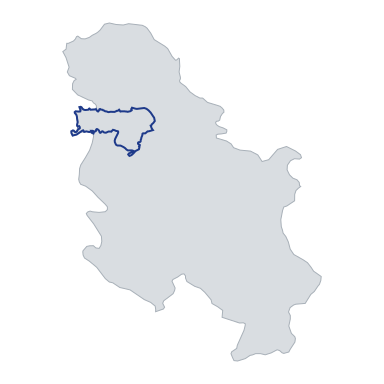 Sremski highlighted on a map of Republic of Serbia
{"feature_id": "SRB-281", "entity_name": "Sremski", "entity_type": "District", "adm_level": 1, "iso_a3": "SRB", "parent_name": "Republic of Serbia", "parent_adm1": "", "projection": "albers", "projection_center": [19.679, 44.916], "detail": "fine", "context": "in_parent", "style": "outline", "palette": "blue", "viewbox_px": 384, "rotation_deg": 0, "n_neighbors": 0, "source": "natural_earth", "source_scale": "10m", "svg_char_len": 7137}
<svg xmlns="http://www.w3.org/2000/svg" viewBox="0 0 384 384"><path d="M216.4,138.0L226.5,141.0L231.1,143.9L233.6,147.7L240.0,150.1L250.5,151.1L257.8,154.9L262.1,161.5L268.7,159.7L277.6,149.4L286.5,146.5L295.5,151.0L300.5,154.7L301.5,157.7L299.5,159.1L294.5,158.7L290.5,160.7L287.4,165.2L287.1,169.9L289.5,174.8L292.8,178.1L297.0,179.8L299.2,182.4L299.6,185.6L300.7,186.5L298.5,188.1L296.0,190.5L294.7,194.4L294.6,200.8L286.8,206.0L283.8,207.0L282.6,210.4L280.8,219.7L281.3,226.7L282.5,230.2L283.1,233.1L285.8,236.5L288.3,241.9L290.2,249.1L293.8,254.5L303.0,259.7L307.5,262.7L311.0,267.2L313.6,271.2L321.2,276.5L320.8,280.5L319.4,284.4L317.8,286.3L314.3,291.5L310.8,294.4L305.2,303.4L295.8,304.2L293.6,305.0L290.1,307.6L288.5,312.0L290.3,315.5L290.3,319.0L288.8,326.0L291.4,333.4L294.8,336.7L295.4,338.6L294.9,342.1L290.2,349.3L288.8,352.0L283.8,353.4L282.1,352.8L279.5,350.5L277.1,349.8L271.2,352.9L265.2,354.8L260.4,353.6L255.7,353.6L252.5,354.9L250.0,355.4L245.3,358.6L237.6,361.0L234.0,360.6L232.6,357.7L231.0,353.7L231.7,351.8L236.7,348.4L237.3,345.3L244.0,330.3L245.2,325.4L245.3,323.8L243.4,322.8L239.5,323.0L222.1,317.3L222.7,310.4L217.6,306.7L212.0,303.5L211.1,299.8L204.9,292.4L200.4,288.3L194.7,286.3L189.8,283.3L186.9,281.5L185.5,278.0L185.5,275.9L184.0,273.9L181.6,274.2L177.7,277.0L172.9,279.5L172.0,281.2L173.9,285.4L175.1,288.0L174.6,290.5L173.1,293.7L163.7,300.8L162.7,303.3L164.6,307.2L163.4,309.0L155.6,311.7L155.7,309.5L155.2,306.1L150.7,302.4L144.3,299.6L130.1,289.9L124.7,288.6L119.8,287.5L112.8,282.8L109.3,282.0L105.3,278.6L96.7,267.3L89.4,261.2L84.5,258.0L83.1,255.0L82.8,251.9L83.0,250.8L86.8,246.4L89.7,245.8L93.4,245.7L95.8,247.9L99.1,248.4L100.9,245.5L101.8,241.4L101.4,236.2L93.7,223.9L87.1,215.4L86.3,213.5L87.8,211.9L90.1,211.1L92.6,211.8L99.1,212.4L105.3,211.7L107.4,209.6L107.4,206.8L105.2,204.2L97.9,197.2L92.3,191.0L85.7,186.2L80.7,184.3L79.3,181.9L78.7,179.3L79.3,174.6L79.6,168.6L80.8,164.9L85.3,157.8L89.6,150.3L92.2,143.0L93.6,136.3L93.1,134.4L90.9,132.9L86.3,131.4L79.8,132.7L74.3,135.1L72.2,135.2L71.5,132.2L72.4,130.9L74.1,131.1L75.5,131.7L77.0,130.3L77.9,126.2L75.8,112.1L79.9,110.9L79.9,108.8L80.3,107.0L84.5,109.5L90.4,109.6L95.6,109.1L96.4,107.7L96.4,105.7L95.3,104.1L93.5,102.9L92.1,100.9L88.6,100.0L77.7,94.9L72.4,89.4L72.6,83.7L74.2,80.5L76.1,79.4L75.6,78.4L69.4,75.7L67.3,72.0L69.1,67.2L66.0,57.6L62.8,51.6L66.1,49.1L66.5,45.4L66.8,43.3L68.2,43.4L73.5,41.0L75.4,39.0L76.5,36.7L77.8,36.1L81.3,38.7L85.1,38.9L89.3,37.4L92.4,35.2L96.2,33.3L97.9,32.1L100.1,30.1L104.5,24.2L109.4,23.0L116.1,24.5L123.3,25.0L128.6,23.7L142.3,25.3L145.2,26.7L147.1,28.2L150.7,33.1L154.2,39.6L159.0,42.6L164.7,46.1L167.7,48.6L172.1,56.4L175.5,60.2L176.6,60.0L177.8,58.9L178.6,58.1L179.5,58.8L179.5,61.2L179.8,66.4L179.1,72.0L180.4,77.3L180.4,78.9L179.6,80.4L179.7,81.8L181.0,83.2L185.7,86.6L190.0,91.9L195.1,95.6L199.8,98.0L202.7,98.1L207.5,102.4L217.1,105.3L220.1,106.3L222.2,108.1L223.8,110.1L223.9,112.3L222.5,113.4L220.5,116.5L219.7,120.1L218.3,121.1L216.7,121.2L215.6,122.3L215.9,123.8L217.2,125.3L219.2,126.6L223.1,127.9L226.8,129.8L226.8,131.4L226.1,133.1L221.4,133.9L217.8,134.2L216.2,135.0L216.4,138.0Z" fill="#d9dde1" stroke="#a8b0b8" stroke-width="1"/><path d="M84.1,131.9L83.8,131.5L83.6,130.8L83.2,130.3L82.5,130.5L76.9,134.4L75.9,134.8L74.7,135.0L72.7,135.6L71.4,133.0L71.3,131.3L72.9,130.4L73.7,130.6L75.0,132.0L75.9,132.1L76.6,131.7L77.2,131.0L78.1,129.3L78.7,129.0L79.4,128.7L79.9,128.0L79.6,126.7L79.1,126.1L77.8,126.6L77.2,126.0L77.0,125.1L77.2,124.0L77.5,123.0L77.7,122.2L77.6,121.3L77.1,118.7L76.9,116.6L76.7,115.8L76.3,114.7L75.8,114.1L75.2,113.5L74.8,112.9L74.7,112.1L75.6,111.3L79.0,111.6L80.3,111.4L80.6,110.0L79.8,108.3L79.4,107.1L80.7,106.8L81.5,107.2L82.6,108.8L83.3,109.5L84.4,109.9L85.7,110.0L88.3,109.7L88.6,109.5L88.8,109.1L89.0,108.7L89.4,108.5L89.7,108.7L90.2,109.4L90.5,109.7L95.8,109.4L96.0,109.2L96.3,109.8L96.8,110.4L96.9,110.5L97.0,110.6L97.2,110.8L97.3,111.1L97.5,111.2L97.8,111.4L98.0,111.5L98.1,111.4L98.3,111.3L98.5,111.1L99.3,109.9L99.2,109.9L99.2,109.7L99.3,109.4L99.5,109.2L99.8,109.1L100.1,109.0L100.3,109.1L100.7,109.5L100.9,109.5L101.0,109.6L101.3,109.6L102.7,109.8L103.0,110.2L103.2,110.3L103.3,110.4L103.5,110.4L103.9,110.5L104.1,110.6L104.4,110.7L104.8,111.1L105.0,111.2L105.2,111.3L105.4,111.3L106.2,111.4L106.4,111.4L107.0,111.6L107.9,112.0L108.5,112.1L108.9,112.1L109.8,111.9L110.0,111.9L110.3,111.8L111.0,111.8L114.6,111.9L115.7,111.4L116.2,111.2L116.5,111.0L116.6,110.9L116.8,110.9L117.6,110.8L117.8,110.7L118.0,110.7L118.5,110.2L119.1,109.7L119.7,110.5L120.2,111.4L120.3,111.5L120.6,111.6L121.2,111.4L121.4,111.3L121.9,111.3L122.9,111.3L124.0,111.3L124.5,111.3L124.9,111.4L125.8,111.5L126.7,111.5L126.8,111.6L127.1,111.7L127.6,111.8L128.6,111.6L129.0,111.5L129.3,111.4L130.1,111.3L130.3,111.2L130.5,111.1L131.3,110.6L131.6,110.4L131.8,110.2L131.8,109.9L131.7,109.8L131.4,109.5L131.3,109.4L131.2,109.3L131.2,109.2L131.3,109.1L132.0,107.7L135.5,108.7L136.9,108.9L144.2,108.0L146.5,108.8L148.6,110.4L149.9,111.8L150.6,112.5L153.6,117.0L154.1,117.6L154.8,121.0L153.3,123.0L151.6,124.5L151.2,125.9L150.8,125.9L151.5,127.9L152.5,129.6L152.9,130.1L150.2,130.9L148.8,131.3L148.1,131.3L147.9,131.3L147.6,131.4L147.4,131.5L147.1,131.8L146.7,132.1L146.2,132.6L145.4,133.2L145.3,133.3L145.1,133.3L144.5,133.4L144.0,133.3L143.5,133.3L143.3,133.3L143.2,133.3L142.9,133.4L142.6,133.7L142.5,133.8L142.5,134.0L142.4,134.1L142.4,134.6L142.4,134.8L142.2,135.7L142.0,136.1L141.4,137.5L141.3,138.1L141.2,138.7L141.2,138.9L141.1,139.1L140.9,139.5L140.7,139.9L140.7,140.1L140.7,141.1L140.6,141.3L140.5,141.6L140.3,141.8L140.1,141.9L139.7,142.1L139.2,142.2L138.8,142.2L138.6,142.2L138.4,142.3L138.1,142.7L138.1,142.8L138.0,143.0L138.0,143.3L138.0,143.5L138.1,143.8L138.2,144.0L138.4,144.2L138.7,144.4L139.1,144.6L139.6,144.7L139.7,144.8L139.8,144.9L139.8,145.1L139.8,145.3L139.7,145.7L139.7,145.8L139.6,146.0L139.1,146.3L139.0,146.5L139.4,147.0L139.4,147.3L139.4,147.5L139.3,148.0L139.1,148.2L138.9,149.3L135.9,150.8L134.8,151.8L133.5,153.3L131.5,155.1L129.4,155.9L128.2,154.5L128.8,153.5L132.4,151.9L133.7,151.0L132.0,150.4L127.8,150.4L126.3,149.4L125.3,148.3L123.6,147.1L120.6,145.6L117.4,145.5L116.4,145.0L115.9,144.5L115.6,143.8L115.3,143.1L114.9,142.4L114.7,140.7L115.2,138.8L117.9,133.4L118.2,132.3L118.1,131.4L117.6,131.2L116.0,130.9L114.6,130.2L113.6,130.0L113.0,129.8L111.2,131.7L110.6,131.5L109.3,131.5L108.8,131.5L108.5,131.5L108.3,131.6L107.9,131.8L106.8,132.3L106.2,132.6L105.8,132.7L105.6,132.7L105.4,132.7L104.9,132.6L104.3,132.5L104.0,132.4L103.6,132.2L102.9,131.5L102.8,131.4L102.6,131.3L102.4,131.3L102.2,131.3L101.7,131.6L101.3,132.0L101.0,132.4L100.8,132.6L100.6,132.7L100.5,132.8L100.4,132.8L100.2,132.8L100.0,132.6L99.9,132.6L99.7,132.4L99.6,132.2L99.4,131.7L99.2,131.2L99.0,130.6L98.9,130.5L98.7,130.2L98.3,129.9L97.6,129.3L97.5,129.2L97.2,129.1L96.8,129.1L96.6,129.1L96.0,130.0L96.1,130.7L95.4,131.4L94.5,131.5L92.6,130.8L91.7,130.8L92.7,131.9L93.8,132.6L93.6,133.1L93.4,132.8L93.2,133.0L92.6,133.0L92.0,132.8L90.8,131.6L90.2,131.6L89.7,131.9L89.2,132.0L86.4,131.4L85.8,131.5L84.7,131.9L84.1,131.9Z" fill="none" stroke="#1e3a8a" stroke-width="2"/></svg>